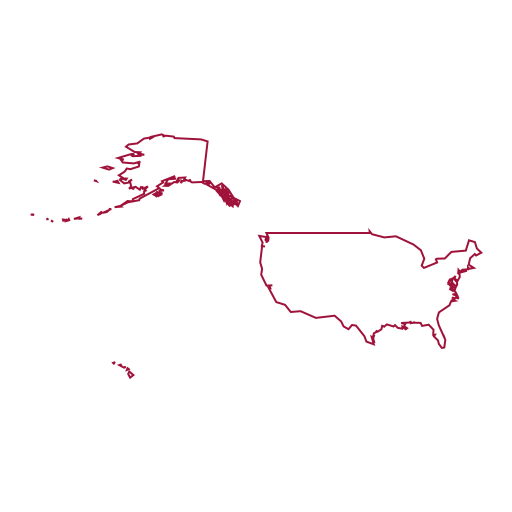 outline of United States of America
{"feature_id": "USA", "entity_name": "United States of America", "entity_type": "country or territory", "adm_level": 0, "iso_a3": "USA", "parent_name": "North America", "parent_adm1": "", "projection": "robinson", "projection_center": [-126.716, 45.186], "detail": "fine", "context": "isolated", "style": "outline", "palette": "rose", "viewbox_px": 512, "rotation_deg": 0, "n_neighbors": 0, "source": "natural_earth", "source_scale": "50m", "svg_char_len": 6133}
<svg xmlns="http://www.w3.org/2000/svg" viewBox="0 0 512 512"><path d="M451.4,251.9L465.8,250.6L469.0,240.3L474.9,242.1L476.9,248.5L481.3,252.7L476.1,255.5L474.8,254.0L470.1,258.3L468.7,264.7L473.8,267.9L469.2,268.8L468.0,267.3L468.0,269.3L462.6,269.7L459.1,272.3L459.2,270.8L458.5,269.9L458.2,273.4L459.5,274.0L459.8,276.9L457.7,280.7L454.3,278.4L455.6,276.0L453.9,277.6L455.2,280.3L456.7,281.8L457.2,283.5L454.8,289.7L455.2,285.8L451.8,282.1L452.9,278.3L450.4,279.4L452.4,285.1L449.4,283.4L448.5,283.6L449.0,281.8L448.9,281.3L448.2,282.7L448.4,283.9L452.8,286.1L449.2,284.8L453.0,287.6L451.2,288.0L453.5,290.1L453.1,290.4L452.0,289.3L449.4,288.8L452.9,290.9L454.8,290.8L457.7,296.1L455.2,292.1L456.3,294.7L452.5,294.1L456.8,296.0L455.5,298.4L451.9,297.5L454.2,298.8L452.6,299.9L454.9,300.8L451.0,301.4L449.5,305.2L438.9,312.4L437.1,318.9L438.8,325.3L445.3,339.8L444.3,347.5L441.8,347.9L438.8,343.8L438.0,340.4L433.9,336.4L435.0,334.7L433.2,334.8L433.5,329.7L428.7,324.7L422.1,325.9L420.6,322.9L414.0,322.7L414.7,321.6L413.7,322.7L410.8,323.2L410.5,321.0L410.2,322.5L401.2,323.0L405.2,324.1L404.0,326.2L407.1,328.2L405.7,329.3L402.3,326.6L402.2,328.7L397.7,327.8L395.0,325.1L393.6,326.5L386.9,324.4L383.4,327.3L384.3,326.5L382.2,325.8L381.4,329.3L377.6,331.7L375.9,330.6L376.8,331.8L373.9,333.3L373.0,337.3L371.6,336.7L373.8,344.3L366.4,341.6L364.4,336.2L356.0,325.6L352.0,325.0L348.5,329.2L343.6,326.4L341.2,321.5L334.6,315.7L315.9,317.9L300.6,311.2L290.8,312.0L285.0,304.8L276.3,302.1L268.6,287.8L270.3,288.1L269.3,285.5L272.4,285.3L266.5,285.6L261.2,274.7L262.1,268.9L260.2,262.4L262.1,246.2L265.0,246.5L261.8,245.9L262.6,242.6L259.3,235.9L266.5,237.1L265.2,240.6L267.5,238.1L267.4,241.1L265.7,241.8L266.9,241.9L268.2,240.7L268.6,237.7L266.4,233.0L369.8,233.0L369.6,231.2L372.0,234.2L384.3,237.4L395.9,236.3L413.6,244.6L420.9,250.3L424.3,258.8L421.7,265.6L423.9,267.9L437.1,262.5L435.9,259.3L437.0,258.7L444.8,258.5L451.4,251.9ZM240.0,201.1L237.9,206.1L236.2,204.4L237.3,203.6L236.4,200.2L233.7,201.1L232.5,202.5L234.6,199.6L230.3,195.8L228.0,195.3L227.5,193.1L229.3,193.5L227.9,192.3L229.1,192.1L226.3,191.2L226.9,189.2L223.8,189.5L222.0,185.1L222.6,190.4L219.8,189.7L219.2,186.8L218.8,188.1L216.3,186.9L219.3,189.5L217.3,190.4L206.8,184.5L207.9,182.7L208.6,184.3L209.7,183.2L208.2,182.4L204.7,183.8L201.5,182.0L192.1,182.4L189.7,181.0L190.6,179.6L188.5,180.8L184.3,179.3L185.2,177.5L178.5,177.9L177.1,180.4L179.4,180.4L177.4,182.5L174.2,182.0L168.3,185.9L164.8,185.8L168.3,183.5L165.5,183.5L168.1,179.3L175.9,178.7L172.8,177.4L175.1,176.0L162.0,181.2L163.0,182.5L157.0,186.3L159.3,188.1L139.7,198.6L139.2,200.2L127.9,202.3L120.6,205.8L127.6,201.0L132.5,201.4L132.9,199.1L144.1,193.8L144.1,191.3L145.7,190.6L144.8,189.6L147.9,186.4L142.7,188.8L141.8,187.7L143.4,187.1L140.9,187.1L139.8,189.7L135.6,186.8L129.0,188.6L131.2,186.5L129.9,181.3L132.0,179.5L129.0,181.3L129.0,182.5L124.2,183.4L120.2,180.1L122.5,178.6L125.8,179.9L126.7,178.6L121.5,178.4L122.6,177.7L118.9,175.3L124.7,171.6L126.8,168.5L130.3,169.2L138.8,166.5L139.3,164.0L137.9,163.2L140.3,161.6L133.8,163.4L122.8,162.5L121.1,160.1L123.7,159.5L118.0,158.0L131.0,154.1L133.4,154.0L133.6,154.2L131.9,155.7L132.8,156.2L141.5,155.8L139.1,155.0L137.3,152.8L138.1,152.6L140.0,154.6L144.3,154.8L139.4,153.6L140.3,152.3L134.6,152.0L126.0,146.7L128.6,144.5L137.3,143.4L143.9,138.6L149.7,137.6L150.0,138.8L151.8,137.8L149.8,137.4L151.2,136.8L161.7,134.4L164.1,135.5L162.6,136.6L166.0,135.7L173.8,136.6L174.5,138.1L201.0,139.4L207.6,141.4L203.0,181.2L209.6,181.0L214.7,187.4L221.7,183.4L228.5,189.7L233.7,197.9L240.0,201.1ZM157.1,192.1L162.5,193.4L159.9,193.8L160.7,194.5L158.6,195.0L156.8,195.8L155.7,197.1L156.5,196.1L153.6,194.5L156.0,193.1L157.2,194.7L157.1,192.1ZM227.5,199.0L232.3,202.9L231.1,202.4L230.6,202.9L232.9,204.1L232.7,206.3L227.0,201.5L228.6,200.9L226.8,200.7L227.5,199.0ZM130.1,377.6L128.2,374.0L129.3,371.5L133.4,375.1L130.1,377.6ZM102.6,167.6L107.5,166.4L112.7,168.1L109.0,169.6L102.6,167.6ZM217.4,191.7L223.0,191.5L221.6,192.6L223.0,193.9L220.8,193.0L219.5,194.0L217.4,191.7ZM117.4,180.8L118.6,182.9L112.7,181.6L114.7,181.6L117.4,180.8ZM221.2,193.6L223.9,197.3L223.5,199.6L221.1,194.9L219.7,196.0L221.2,193.6ZM223.2,189.9L225.5,190.9L226.9,193.2L225.3,191.4L226.5,194.4L224.6,195.8L223.2,189.9ZM114.6,207.2L120.4,205.9L121.3,206.6L114.6,207.2ZM235.6,200.8L235.8,204.1L233.5,204.1L235.6,200.8ZM464.6,271.2L466.9,270.8L459.0,272.8L465.3,270.4L464.6,271.2ZM226.2,196.0L229.8,196.6L228.4,196.8L228.9,198.4L226.2,196.0ZM102.8,212.8L109.2,210.0L106.7,212.1L102.8,212.8ZM161.0,189.6L163.9,190.4L158.9,191.1L161.0,189.6ZM224.8,196.8L227.0,197.6L225.2,200.2L224.8,196.8ZM102.2,212.7L99.9,214.1L97.5,215.1L101.2,212.0L102.2,212.7ZM231.7,198.3L231.7,200.8L230.5,199.7L231.7,198.3ZM126.9,369.9L127.5,368.2L128.7,369.1L126.9,369.9ZM78.3,218.4L73.9,218.9L78.9,217.4L78.3,218.4ZM228.9,204.1L230.2,206.5L227.8,203.7L228.9,204.1ZM120.7,364.6L121.9,366.5L119.3,365.1L120.7,364.6ZM180.5,183.0L181.9,180.9L182.7,181.2L180.5,183.0ZM30.7,214.6L33.0,214.4L34.0,215.0L30.7,214.6ZM115.0,362.1L113.8,363.6L113.1,362.9L115.0,362.1ZM68.7,219.0L69.2,220.2L67.2,220.8L68.7,219.0ZM65.0,219.8L63.2,220.5L63.0,219.5L65.0,219.8ZM93.9,180.3L96.1,180.8L96.4,181.2L93.9,180.3ZM184.1,180.4L185.7,180.7L183.6,180.8L184.1,180.4ZM230.8,198.6L229.9,199.4L229.4,198.9L230.8,198.6ZM226.7,202.8L228.3,202.8L227.0,203.9L226.7,202.8ZM78.8,218.4L81.0,218.5L82.2,218.6L79.2,218.8L78.8,218.4ZM123.3,367.4L124.8,367.0L125.8,367.2L123.3,367.4ZM67.1,219.3L64.7,220.5L64.7,220.4L67.1,219.3ZM267.1,235.9L268.1,237.8L268.1,238.1L266.7,236.7L267.1,235.9ZM111.3,209.2L110.0,209.5L109.9,209.0L111.3,209.2ZM374.5,342.9L373.3,339.7L373.3,337.9L373.5,339.8L374.5,342.9ZM133.2,188.9L132.5,188.5L134.1,187.9L133.2,188.9ZM52.0,220.8L53.0,221.9L51.1,220.6L52.0,220.8ZM159.4,195.5L158.3,196.0L158.1,195.8L158.5,195.2L159.4,195.5ZM47.7,219.2L46.4,219.4L48.2,218.5L47.7,219.2ZM373.7,336.2L373.3,337.7L374.4,334.9L373.7,336.2ZM443.4,335.0L444.6,337.9L443.2,334.7L443.4,335.0ZM458.3,297.9L457.6,299.0L457.8,296.4L458.3,297.9ZM457.1,284.7L456.4,286.2L457.1,284.1L457.1,284.7Z" fill="none" stroke="#9f1239" stroke-width="2"/></svg>